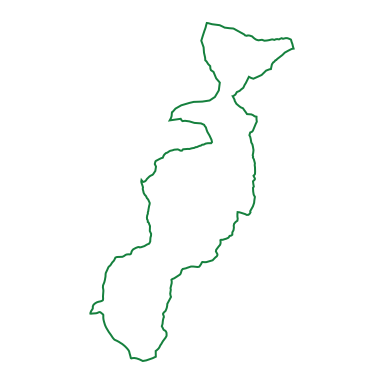 the district of Dagala, Thimphu, Bhutan
{"feature_id": "84629894B90537236845167", "entity_name": "Dagala", "entity_type": "district", "adm_level": 2, "iso_a3": "BTN", "parent_name": "Bhutan", "parent_adm1": "Thimphu", "projection": "orthographic", "projection_center": [89.65, 27.288], "detail": "fine", "context": "isolated", "style": "outline", "palette": "green", "viewbox_px": 384, "rotation_deg": 0, "n_neighbors": 0, "source": "geoboundaries", "source_scale": "gbopen_adm2", "svg_char_len": 6013}
<svg xmlns="http://www.w3.org/2000/svg" viewBox="0 0 384 384"><path d="M155.8,356.7L155.7,351.0L156.0,350.8L157.0,350.0L158.5,348.6L159.4,347.3L160.1,345.8L160.4,345.2L161.1,344.3L162.9,341.2L165.6,337.6L166.5,336.0L166.6,335.1L166.5,332.8L166.1,331.8L165.4,330.8L164.1,330.1L163.5,329.6L162.8,328.1L161.8,326.2L162.3,324.8L162.6,323.5L162.7,322.1L163.0,319.9L163.5,317.9L163.9,317.1L163.7,315.9L163.1,314.5L163.1,313.5L164.2,312.1L165.4,311.1L166.2,309.4L166.8,307.7L167.2,305.6L167.3,303.9L171.0,296.9L170.6,295.8L170.2,293.7L170.8,289.8L170.5,288.2L171.7,283.1L171.7,281.1L171.4,279.9L172.2,279.1L174.2,278.3L176.7,276.7L179.9,274.6L180.6,273.7L181.3,271.6L181.6,270.4L182.7,269.0L185.9,268.3L187.2,267.8L191.1,266.5L193.0,266.5L197.5,267.0L199.0,266.8L199.7,266.2L200.0,265.6L200.9,264.4L201.8,262.6L202.3,262.0L203.6,262.1L204.9,262.2L206.4,262.1L212.6,260.3L215.4,257.4L216.8,256.3L217.4,255.1L217.4,254.2L215.9,251.4L216.2,249.8L218.5,246.7L220.1,244.8L220.5,243.5L220.6,242.2L220.4,240.2L221.0,239.8L222.7,239.8L224.5,239.2L226.3,238.7L228.4,237.7L229.3,236.5L229.6,235.9L230.8,235.7L231.5,235.4L232.3,234.7L232.3,232.8L232.6,231.8L233.4,230.5L233.7,229.1L233.9,227.3L233.7,225.8L234.1,223.8L235.6,222.0L237.4,220.7L237.7,218.6L237.4,216.7L237.4,214.0L237.6,212.1L239.4,212.3L241.4,212.9L245.2,214.1L246.7,214.9L248.5,214.8L249.7,213.7L250.5,212.4L250.2,211.2L252.9,206.4L254.1,202.9L254.4,200.0L254.9,196.9L253.7,194.7L253.2,191.6L253.0,187.8L253.8,186.6L253.3,183.9L253.0,181.3L254.8,179.5L254.9,178.5L253.7,176.2L253.5,175.8L254.6,174.6L255.0,173.9L255.1,171.7L255.0,167.4L254.7,165.1L254.9,163.3L253.9,159.4L252.9,157.5L253.1,156.5L252.7,155.3L253.2,152.8L253.5,150.1L252.9,146.6L252.4,144.4L251.3,142.5L250.7,138.9L250.2,136.8L249.4,135.2L250.2,132.5L251.9,131.8L252.9,130.7L255.8,123.7L256.8,121.7L256.5,119.1L256.5,116.7L254.6,116.3L253.1,115.2L251.3,114.4L247.0,114.1L245.9,112.4L244.0,109.8L243.0,108.3L240.7,107.3L239.1,106.1L236.4,103.8L234.7,100.8L234.5,99.6L232.7,96.2L233.2,96.1L235.4,94.6L236.8,92.1L239.6,90.9L241.1,89.5L243.3,87.8L244.7,84.8L245.8,83.1L248.9,76.8L251.2,78.0L253.4,78.7L257.9,76.7L261.6,75.0L266.1,70.6L269.5,69.3L270.9,69.1L271.9,64.4L273.2,62.4L274.2,61.8L275.5,60.2L276.2,60.1L277.2,59.0L282.4,55.0L284.8,52.6L288.6,50.5L291.6,49.0L292.4,48.8L293.6,48.6L293.0,46.7L292.4,44.1L291.4,41.3L291.2,40.3L290.9,39.6L289.7,39.0L287.5,38.2L285.9,38.1L284.1,38.5L283.0,38.8L281.7,38.2L280.1,38.8L279.3,39.3L278.4,39.3L277.2,39.1L275.7,39.3L274.5,39.9L272.4,39.4L271.5,39.5L269.2,40.1L266.9,40.5L264.4,40.7L262.0,39.8L258.4,40.3L256.3,39.7L255.0,38.9L253.8,38.0L252.1,36.4L249.7,35.6L247.9,35.4L246.8,35.8L245.1,35.4L244.1,34.4L235.4,29.6L234.2,28.9L233.2,28.5L229.4,28.2L224.6,27.6L223.1,26.8L219.7,25.2L212.0,24.2L207.9,23.1L206.8,23.0L206.1,25.4L205.7,27.2L204.9,29.6L204.6,30.3L202.8,35.8L201.3,40.7L203.6,47.3L204.0,52.7L205.1,57.6L205.3,60.3L206.5,61.4L208.2,64.1L210.2,66.1L210.4,68.7L211.0,70.2L213.5,71.9L216.2,78.4L219.8,82.6L218.8,90.4L214.9,97.0L209.6,100.5L202.2,101.6L193.7,101.9L189.5,102.9L181.3,105.3L175.5,108.6L172.7,111.8L172.2,112.0L171.9,112.7L171.6,116.1L171.0,118.0L169.7,120.4L180.7,118.8L181.6,120.3L182.5,121.1L185.0,120.8L189.4,121.4L194.4,122.9L201.0,123.4L204.1,124.8L204.9,126.2L205.9,127.4L206.6,129.8L207.4,131.9L209.5,135.5L211.5,139.8L212.0,142.1L211.1,143.2L207.9,143.2L205.6,143.6L203.7,144.6L202.2,144.7L201.6,145.1L200.7,145.7L199.7,145.8L199.0,146.1L196.8,147.1L195.8,147.1L195.0,147.5L194.2,147.9L191.8,148.3L189.3,149.0L187.8,148.9L183.1,149.3L182.7,149.7L182.3,150.2L182.0,150.6L181.3,150.7L180.3,150.6L179.1,149.9L177.8,149.4L174.2,149.7L172.5,150.3L170.2,150.8L169.1,151.4L167.4,152.6L165.9,153.1L164.5,154.4L163.7,155.5L162.8,157.7L161.2,158.2L159.3,159.1L157.3,160.2L156.4,160.6L155.6,161.2L155.4,161.6L154.9,163.5L154.8,164.0L154.9,164.4L155.1,164.7L155.5,165.5L156.0,166.6L155.3,171.0L154.8,171.7L153.0,174.4L152.2,175.0L151.4,175.3L149.8,176.2L149.0,176.9L146.9,179.0L146.0,180.4L145.0,181.3L144.0,181.7L143.3,181.9L142.8,181.7L141.5,180.1L141.3,181.3L141.3,181.7L141.5,182.9L141.7,183.3L143.0,187.3L142.8,188.3L142.8,189.4L143.0,190.0L143.5,192.0L143.6,192.7L143.9,193.3L144.8,194.9L145.5,195.5L146.1,196.3L146.9,198.1L147.6,198.8L148.3,199.8L149.7,202.9L149.7,203.7L149.4,205.1L149.1,206.0L148.9,207.3L148.7,208.1L148.6,209.0L148.4,209.8L148.3,211.1L148.0,211.8L147.8,212.8L147.9,213.4L147.7,214.2L147.2,215.4L147.1,216.2L146.9,217.5L147.1,219.3L147.6,220.0L147.8,221.1L147.8,222.0L148.5,222.4L149.0,223.4L149.1,223.9L150.0,226.1L149.8,231.0L151.1,233.8L151.0,235.9L150.6,237.0L150.4,238.2L150.2,241.6L149.2,243.6L146.9,244.6L144.4,246.1L141.1,247.2L139.7,247.4L138.9,247.0L137.7,247.2L135.9,247.9L134.0,248.9L132.9,249.6L131.7,251.3L131.0,253.7L130.2,254.3L129.7,254.4L128.3,254.3L126.6,254.5L125.6,254.9L123.9,256.1L122.4,256.8L117.0,257.0L115.9,257.4L115.4,257.6L114.4,259.8L113.8,260.8L112.2,262.5L110.6,265.0L110.2,265.5L108.9,266.6L108.5,267.1L108.0,268.1L107.3,269.8L106.3,271.9L105.8,273.0L105.6,274.1L105.5,276.5L104.9,280.0L104.3,282.3L103.2,285.0L103.0,285.6L103.0,286.2L102.9,287.4L103.0,287.9L103.3,289.7L103.4,290.9L103.3,292.1L103.0,296.2L103.0,296.8L103.1,298.6L103.0,299.7L102.8,300.3L102.3,300.6L101.8,300.9L100.7,301.3L98.4,301.8L96.7,302.4L96.2,302.7L95.2,303.3L93.9,304.4L93.5,304.9L93.2,305.4L93.0,306.0L92.8,306.5L92.8,308.3L92.6,308.9L91.3,310.8L90.8,311.9L90.4,313.0L90.4,313.6L91.0,313.7L92.8,313.5L95.7,313.3L96.9,313.1L99.0,312.2L99.6,312.1L100.2,312.2L100.7,312.5L103.0,314.4L103.3,314.9L103.3,315.5L103.3,316.1L103.3,317.8L103.5,319.6L103.9,321.3L104.9,324.7L105.6,326.4L106.4,328.0L107.3,329.5L108.8,332.0L110.9,334.9L112.8,337.8L114.0,339.2L114.4,339.6L114.9,339.9L117.1,340.9L119.1,342.0L120.6,343.0L122.1,343.9L123.5,345.0L124.9,346.2L126.1,347.4L127.3,348.7L128.4,350.1L129.0,351.1L129.2,351.7L129.6,353.4L130.4,356.2L130.8,358.0L131.3,358.4L132.7,358.1L134.3,358.0L136.6,358.4L139.5,359.4L142.8,361.0L146.2,360.4L152.6,358.2L155.8,356.7Z" fill="none" stroke="#15803d" stroke-width="2"/></svg>